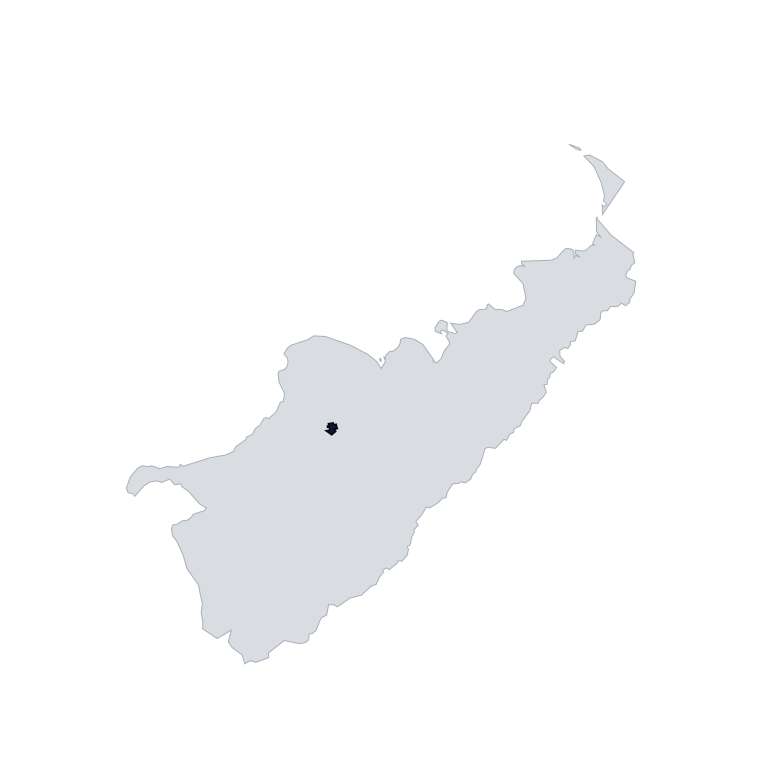 location of General Pinto, Buenos Aires, Argentina, rotated 216°
{"feature_id": "61730980B27788441407365", "entity_name": "General Pinto", "entity_type": "district", "adm_level": 2, "iso_a3": "ARG", "parent_name": "Argentina", "parent_adm1": "Buenos Aires", "projection": "robinson", "projection_center": [-62.056, -34.684], "detail": "fine", "context": "in_parent", "style": "filled", "palette": "ink", "viewbox_px": 768, "rotation_deg": 216, "n_neighbors": 0, "source": "geoboundaries", "source_scale": "gbopen_adm2", "svg_char_len": 4194}
<svg xmlns="http://www.w3.org/2000/svg" viewBox="0 0 768 768"><g transform="rotate(216 384 384)"><path d="M470.5,233.3L466.2,240.9L467.1,245.9L463.1,257.8L464.1,260.2L460.9,265.9L461.9,272.0L460.2,277.9L460.9,285.4L459.7,287.6L456.9,288.2L454.9,298.6L457.2,308.5L455.1,310.5L458.8,317.7L470.2,324.0L476.0,330.5L476.1,333.2L473.0,337.2L472.6,340.5L474.3,345.1L477.2,348.0L482.7,349.7L483.3,356.2L482.3,360.3L471.7,375.1L469.3,381.5L459.4,388.0L434.0,395.6L414.2,398.5L402.9,397.9L395.4,394.8L396.0,403.1L399.7,405.6L397.8,405.7L399.4,407.2L398.5,414.0L396.2,415.4L394.4,421.0L394.6,425.8L396.8,429.8L394.5,433.9L386.0,437.9L375.9,438.9L357.1,432.4L357.8,431.4L356.9,431.0L353.8,432.3L352.6,437.8L354.8,446.4L354.3,453.9L355.4,456.4L362.2,459.2L361.8,462.2L364.0,462.5L368.8,461.8L369.4,459.4L366.9,458.5L373.4,456.6L375.9,459.7L376.2,467.4L375.1,469.4L369.9,470.8L368.5,470.5L365.5,465.1L363.0,464.0L355.8,466.8L355.0,468.6L365.7,472.5L357.9,476.5L351.8,483.7L351.8,496.8L350.4,500.5L346.2,503.9L345.5,506.4L347.0,507.9L346.4,510.3L338.2,509.5L332.4,513.5L327.2,514.9L317.8,529.5L319.4,536.6L330.4,546.9L344.0,549.7L345.8,553.2L345.3,557.3L343.7,559.7L338.8,562.0L343.1,562.0L344.9,564.1L321.3,582.6L318.2,588.0L317.1,599.2L315.3,601.5L310.5,603.7L307.1,601.4L304.3,597.3L304.5,600.7L300.0,601.9L305.5,602.0L308.1,604.7L300.9,608.7L298.8,612.3L298.1,617.4L295.4,620.3L297.6,619.7L300.0,629.6L294.3,630.3L301.5,632.0L310.0,643.3L309.4,644.2L309.1,643.0L287.6,637.9L259.0,637.1L259.2,635.6L252.4,629.5L253.6,625.2L252.3,621.5L253.5,618.2L252.4,614.1L249.8,612.7L240.8,615.1L235.0,604.1L235.1,598.1L233.3,594.2L234.7,589.3L239.4,589.0L240.6,583.8L246.4,579.7L246.3,574.7L249.8,571.9L250.6,569.4L246.9,562.9L249.1,555.9L255.3,550.5L254.4,543.7L257.8,540.4L254.7,531.5L258.2,527.7L256.3,525.6L256.1,520.8L259.6,519.6L261.6,514.4L257.8,509.8L251.1,508.4L250.7,505.9L262.6,505.8L264.0,502.0L263.1,499.8L254.0,498.7L253.9,493.6L255.7,490.3L253.8,487.0L254.4,484.0L251.9,479.5L254.1,477.4L247.9,472.8L247.6,465.2L248.9,463.2L247.9,459.1L253.1,455.3L250.4,448.0L250.3,433.9L249.2,430.2L252.4,424.4L250.6,420.6L252.8,417.7L251.7,410.5L254.4,409.9L256.1,397.4L262.9,393.7L264.2,391.2L258.9,375.4L259.2,369.5L258.1,366.8L259.3,363.3L258.0,358.2L259.9,352.2L264.6,349.8L264.9,347.7L269.7,343.6L269.2,333.5L266.9,328.3L269.4,326.4L270.8,318.7L274.3,310.6L277.4,309.1L276.5,299.9L277.5,291.4L273.3,289.9L274.1,283.9L272.6,282.5L271.6,276.2L268.7,270.6L268.5,268.1L270.0,266.5L266.9,264.4L264.6,259.2L265.0,254.5L265.4,251.3L268.7,249.0L268.0,246.7L270.6,237.0L274.0,236.5L275.7,233.0L273.8,231.2L274.2,225.4L272.5,217.1L275.6,212.9L278.1,200.0L285.7,190.8L290.7,176.3L294.8,176.0L299.1,172.9L294.6,163.5L297.4,157.5L294.2,145.0L295.1,140.3L297.6,137.6L294.6,132.8L295.5,128.9L299.6,124.4L314.0,117.7L319.4,98.3L316.4,94.9L324.1,83.5L329.7,81.6L332.1,75.8L339.4,81.4L352.0,81.5L358.3,83.8L362.9,95.0L369.4,80.0L386.9,79.4L390.5,84.9L397.1,91.0L401.8,99.4L416.3,112.5L434.7,118.8L446.1,127.6L459.3,135.1L465.8,136.8L470.9,142.0L472.0,145.9L469.0,148.9L466.8,154.7L463.2,158.0L461.7,161.8L461.8,166.5L454.9,175.9L455.1,179.3L462.1,178.5L479.0,182.2L487.2,182.2L489.8,183.8L494.2,179.4L501.4,181.2L506.2,173.6L510.9,172.1L515.9,166.9L518.4,160.4L519.6,146.7L522.4,147.6L527.1,145.7L531.3,148.4L534.7,160.0L533.7,171.2L531.6,175.7L526.5,178.2L523.7,181.4L515.6,183.7L511.1,189.7L501.0,196.0L501.6,199.4L498.4,199.1L481.3,222.2L470.5,233.3ZM308.2,689.0L306.9,649.5L312.7,657.2L310.0,656.7L309.4,660.4L314.0,661.2L316.3,665.9L326.6,674.6L341.6,683.3L356.3,685.9L352.4,690.1L338.0,692.2L329.4,689.9L308.2,689.0ZM362.2,688.6L366.6,687.0L375.3,686.7L363.9,689.9L362.2,688.6ZM402.0,401.1L401.8,402.8L399.1,400.2L402.0,401.1Z" fill="#d9dde1" stroke="#a8b0b8" stroke-width="1"/><path d="M405.1,316.7L404.2,315.7L403.0,316.9L400.8,314.6L402.8,312.7L403.4,312.2L403.5,312.1L403.4,312.1L399.6,312.1L396.4,312.1L396.2,313.0L395.8,314.9L395.6,315.6L395.1,317.2L397.6,317.7L396.5,318.9L396.8,319.2L395.8,320.2L396.1,320.2L396.1,321.0L397.1,321.0L397.1,321.6L397.4,321.6L397.7,322.1L398.9,323.4L400.8,321.5L402.1,322.8L404.6,320.3L405.7,319.2L404.1,317.6L405.1,316.7Z" fill="#0f172a" stroke="#020617" stroke-width="1.5"/></g></svg>